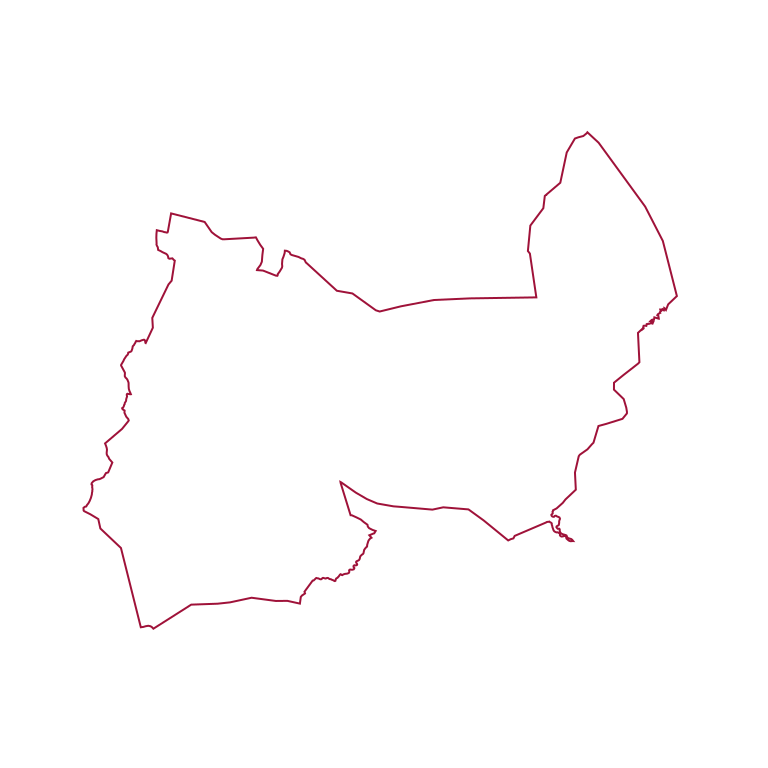 Copanatoyac, Guerrero, Mexico (Robinson projection), rotated 102°
{"feature_id": "50627088B48570898025332", "entity_name": "Copanatoyac", "entity_type": "district", "adm_level": 2, "iso_a3": "MEX", "parent_name": "Mexico", "parent_adm1": "Guerrero", "projection": "robinson", "projection_center": [-98.679, 17.438], "detail": "fine", "context": "isolated", "style": "outline", "palette": "rose", "viewbox_px": 768, "rotation_deg": 102, "n_neighbors": 0, "source": "geoboundaries", "source_scale": "gbopen_adm2", "svg_char_len": 6164}
<svg xmlns="http://www.w3.org/2000/svg" viewBox="0 0 768 768"><g transform="rotate(102 384 384)"><path d="M584.3,631.4L599.1,607.2L672.5,571.3L671.6,568.8L670.5,566.8L669.5,564.3L669.5,562.0L670.1,560.4L671.3,558.7L639.9,526.7L633.5,501.1L629.6,489.2L620.6,469.1L618.7,444.6L616.2,433.4L616.3,420.6L609.6,421.1L608.0,420.3L605.3,417.7L603.7,418.6L591.1,412.9L590.9,412.1L590.7,411.9L588.0,410.1L587.8,409.8L587.9,408.8L587.8,407.7L588.2,406.2L588.2,405.3L587.9,404.6L586.6,403.8L586.3,403.3L586.3,402.7L586.4,401.9L586.4,400.5L586.0,400.1L585.5,399.2L585.4,398.4L586.1,396.7L586.0,395.4L586.3,394.4L586.5,393.0L587.0,391.5L587.0,391.1L586.6,390.6L585.2,390.6L584.2,390.3L583.1,389.1L582.7,389.0L581.9,388.4L579.8,387.5L579.1,387.0L579.1,386.6L579.6,385.7L579.6,385.0L578.7,384.2L577.8,382.6L577.2,380.7L576.5,379.6L576.2,379.2L575.5,378.9L574.4,379.0L573.5,379.4L572.8,379.0L572.5,378.4L572.4,377.0L572.3,376.5L572.0,375.9L571.6,375.1L570.9,374.8L570.2,374.7L569.2,375.8L568.7,375.9L568.1,375.9L567.7,375.6L567.4,375.2L567.4,374.2L567.2,373.6L566.6,372.8L566.2,372.7L565.7,372.9L564.3,374.2L564.0,374.3L563.4,374.2L562.7,373.5L561.9,372.3L561.3,371.8L560.1,371.4L557.9,371.4L556.9,371.1L556.2,370.5L555.7,370.3L554.6,369.2L553.9,368.9L550.4,368.9L548.9,368.3L547.3,367.4L546.6,366.8L545.8,366.8L545.4,367.0L544.8,367.0L543.4,366.9L541.0,366.7L539.9,366.4L538.5,365.7L537.6,365.0L537.0,364.3L535.0,366.9L532.5,363.3L532.1,362.5L529.5,361.6L529.1,364.9L528.1,368.6L526.8,370.2L525.1,370.9L523.2,375.2L521.4,378.5L520.2,383.2L519.1,388.2L519.3,389.4L489.9,405.8L488.9,406.2L489.2,405.2L496.1,389.0L500.1,376.9L502.3,365.8L501.7,349.3L500.9,343.3L496.8,310.5L492.3,300.4L489.1,275.3L496.7,258.2L511.2,230.0L509.4,227.7L508.1,225.3L505.4,224.6L485.7,196.6L485.3,196.3L484.9,195.5L484.6,194.4L484.2,193.7L484.7,192.8L484.8,192.2L485.0,191.6L485.4,191.0L485.8,190.8L486.7,190.7L487.9,189.9L488.8,189.6L491.9,187.7L492.6,186.9L493.0,186.0L493.2,185.1L493.3,184.4L493.0,183.5L493.1,182.7L493.7,181.1L494.3,180.6L495.3,180.5L495.7,180.2L496.1,179.5L496.3,178.8L496.2,178.3L495.9,177.3L495.2,176.2L495.1,175.8L495.3,174.5L495.6,174.1L496.9,173.6L497.3,173.3L498.6,171.0L498.9,170.1L499.0,169.0L498.8,168.1L498.5,167.4L498.3,166.3L497.2,167.6L496.7,168.8L496.5,171.7L496.1,172.5L495.1,173.5L494.3,173.9L494.0,174.8L493.8,177.8L493.5,179.3L493.0,180.2L491.9,181.2L490.4,181.8L489.6,181.9L489.1,182.6L489.5,183.9L489.1,184.6L488.2,185.6L487.5,185.6L486.9,185.1L486.0,184.0L485.5,183.7L483.3,183.8L482.2,184.1L480.9,184.1L479.3,183.8L478.1,184.6L477.8,185.5L477.6,187.1L477.1,188.3L477.2,188.9L477.6,189.6L478.3,189.9L478.6,190.2L478.7,191.0L478.6,191.8L478.2,192.5L477.5,193.0L477.0,193.1L476.0,192.3L475.4,192.1L474.7,192.3L473.8,192.6L473.3,192.3L472.8,192.2L472.4,192.4L469.8,189.3L463.1,184.4L459.2,182.5L447.5,174.4L430.9,178.8L414.2,178.5L412.5,177.8L405.6,171.4L399.7,168.1L397.9,166.9L380.5,165.5L376.9,158.5L368.5,143.5L362.3,140.3L360.9,140.5L356.8,142.1L348.9,146.4L341.7,157.9L334.9,159.3L325.4,151.6L311.1,139.6L309.6,138.7L281.2,146.2L276.5,142.9L277.0,142.7L275.8,141.7L275.4,142.1L275.2,142.0L275.1,142.3L273.1,142.2L272.7,141.0L272.6,139.5L270.8,139.5L270.5,138.4L270.0,138.0L270.1,137.3L269.5,136.4L269.0,135.1L269.1,133.9L267.1,133.5L267.1,134.1L267.4,135.9L267.3,136.6L265.6,135.4L265.2,134.7L265.0,133.3L262.6,133.4L263.0,128.8L262.4,128.9L262.1,129.3L261.5,129.5L260.6,129.6L259.9,130.1L259.9,130.9L259.2,130.8L258.7,130.5L257.2,128.8L257.0,129.1L256.6,129.1L256.2,129.0L255.1,128.2L254.1,129.1L253.7,129.3L253.4,127.9L253.0,127.4L253.5,127.1L253.8,126.4L253.8,125.5L251.4,125.7L251.6,125.2L251.9,125.0L253.0,123.6L247.0,122.6L237.1,115.8L186.1,141.0L156.2,165.4L103.4,224.2L95.5,237.4L96.5,237.8L100.0,240.6L102.3,245.2L104.2,248.3L119.5,253.4L150.5,253.4L164.5,264.2L165.3,264.5L165.3,264.8L166.6,265.8L178.9,264.7L198.6,273.8L224.0,270.9L226.1,268.4L267.6,253.0L282.4,317.8L291.5,352.7L304.5,383.6L314.0,403.3L313.6,407.3L302.0,433.7L302.6,449.5L281.9,484.7L281.4,485.7L279.0,487.6L278.4,489.3L278.3,491.0L277.5,494.0L277.0,500.9L276.6,502.4L274.8,503.7L274.2,505.7L274.0,507.0L274.2,508.7L276.5,508.4L280.5,508.8L283.2,509.3L287.8,508.7L290.0,508.0L291.5,508.0L295.6,509.4L298.7,510.8L299.4,510.6L300.3,510.8L300.5,512.2L298.2,525.9L299.0,531.9L298.0,531.8L293.3,529.6L289.8,528.9L283.0,529.8L276.9,530.3L273.6,534.0L269.9,537.5L267.2,539.8L267.9,541.8L275.7,570.5L276.0,572.1L275.7,573.9L273.2,580.3L271.3,584.1L262.8,593.1L261.4,627.7L280.0,627.1L280.8,627.3L281.1,628.1L281.0,629.1L281.1,630.5L280.8,632.5L280.9,635.1L280.8,638.2L284.4,637.8L288.3,637.1L294.0,635.6L294.7,635.6L295.8,635.0L297.3,633.7L299.8,632.8L300.4,630.2L301.1,628.1L302.0,624.1L302.7,622.9L304.0,621.8L305.7,621.1L306.1,620.0L305.1,617.1L306.3,615.5L306.8,614.3L327.1,613.2L331.4,615.5L367.5,624.4L377.0,621.8L393.5,625.6L393.4,625.9L391.2,626.8L390.6,627.5L390.6,628.1L391.7,630.2L393.0,632.0L393.5,634.5L393.4,635.3L394.5,635.7L395.6,635.9L396.8,636.4L397.7,636.6L399.4,637.6L401.6,637.5L404.1,637.8L404.9,638.3L406.5,640.7L407.5,640.6L408.6,640.8L410.0,641.8L413.8,643.3L415.7,643.7L419.9,645.1L420.6,645.0L426.6,639.9L427.1,639.7L429.6,639.3L430.4,639.1L431.5,638.1L432.0,637.2L433.0,636.0L435.5,634.3L436.3,634.0L439.4,633.3L441.8,632.6L443.8,631.5L445.4,630.3L446.6,629.5L446.8,630.1L446.9,633.0L447.1,633.2L447.6,633.4L448.3,633.3L449.7,632.7L451.0,632.9L452.5,633.0L454.0,632.8L454.6,632.9L456.4,633.6L457.8,633.5L458.7,633.9L459.3,633.8L461.0,634.2L461.3,634.3L462.1,635.1L463.1,634.4L463.9,632.2L466.1,631.9L469.6,629.3L471.4,626.9L472.8,626.1L473.8,626.5L482.4,630.9L500.1,644.5L502.5,642.9L504.3,641.9L505.9,641.3L508.7,641.0L510.1,640.7L511.0,640.2L512.0,639.3L512.7,638.4L514.4,637.2L517.3,633.4L527.8,635.4L529.0,637.5L533.4,638.9L534.5,640.3L535.6,641.6L536.4,642.9L536.7,644.0L538.0,646.3L539.7,648.2L541.8,649.3L542.8,649.3L543.2,649.1L543.4,648.5L543.9,648.2L545.8,648.0L546.2,647.7L547.9,647.2L548.9,647.2L549.5,647.0L551.3,647.0L552.8,646.8L556.3,647.0L559.7,647.6L562.3,648.4L564.0,649.3L565.7,649.8L566.3,651.1L567.0,651.7L567.7,652.2L570.2,651.5L570.7,650.9L572.5,644.1L575.5,635.4L584.3,631.4Z" fill="none" stroke="#9f1239" stroke-width="2"/></g></svg>